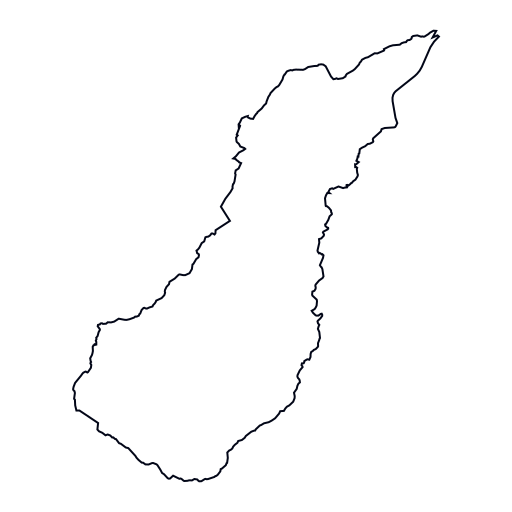 the district of La Magdalena Contreras, Distrito Federal, Mexico
{"feature_id": "50627088B92108463295960", "entity_name": "La Magdalena Contreras", "entity_type": "district", "adm_level": 2, "iso_a3": "MEX", "parent_name": "Mexico", "parent_adm1": "Distrito Federal", "projection": "robinson", "projection_center": [-99.262, 19.275], "detail": "fine", "context": "isolated", "style": "outline", "palette": "ink", "viewbox_px": 512, "rotation_deg": 0, "n_neighbors": 0, "source": "geoboundaries", "source_scale": "gbopen_adm2", "svg_char_len": 5993}
<svg xmlns="http://www.w3.org/2000/svg" viewBox="0 0 512 512"><path d="M97.4,429.5L99.0,431.3L102.3,432.8L105.5,435.3L107.7,434.5L110.3,435.5L112.2,437.5L113.3,437.4L114.9,438.9L116.0,439.1L119.1,443.2L120.9,443.8L125.8,447.5L128.3,448.1L135.4,455.9L136.5,457.7L138.5,459.9L141.7,462.6L143.1,462.7L145.4,464.4L148.6,464.5L152.0,463.1L153.1,463.0L156.5,464.3L157.4,465.1L160.3,469.6L162.1,473.0L164.0,474.2L167.7,478.2L168.9,478.7L170.1,478.5L173.1,475.7L179.4,478.8L180.5,478.5L181.5,478.9L183.7,480.8L184.4,481.0L187.5,480.8L189.2,480.3L192.0,480.4L194.4,479.0L197.3,479.5L198.3,480.7L199.2,481.3L201.4,481.2L204.7,479.1L205.6,478.9L206.5,479.2L207.9,479.1L214.5,476.9L215.3,476.1L216.3,475.9L217.7,474.8L220.3,471.4L220.7,469.1L221.9,468.6L225.8,465.2L226.6,463.1L227.1,462.9L227.8,457.9L227.3,452.5L229.2,450.5L230.9,449.7L232.3,448.5L233.2,446.6L234.8,444.8L237.4,442.8L238.2,441.0L241.9,440.0L244.7,437.8L245.8,436.0L251.3,431.7L254.2,430.6L255.2,430.5L255.7,429.4L259.8,425.5L261.2,425.0L264.0,423.3L268.7,422.2L271.7,420.6L275.1,418.3L279.1,413.6L280.2,411.2L283.9,410.9L285.3,408.5L286.9,406.7L289.3,405.4L293.2,401.7L294.6,398.1L294.7,396.1L294.0,392.7L296.7,388.9L297.4,385.8L298.4,383.7L299.9,382.4L299.7,380.7L299.3,379.4L298.0,378.0L297.4,376.7L297.5,375.2L299.8,370.4L302.6,367.1L302.4,366.3L301.5,365.2L301.9,363.4L303.6,363.3L304.1,362.6L304.3,361.1L306.5,359.7L307.4,359.3L309.3,359.7L310.5,357.0L310.6,354.0L311.2,352.0L312.9,350.9L313.8,349.9L315.7,349.1L317.8,346.9L318.1,346.2L318.0,343.2L319.4,339.5L319.4,339.1L320.0,338.0L319.3,332.0L317.9,328.9L318.6,326.4L319.3,324.9L318.0,323.3L317.5,321.4L317.8,320.8L320.4,318.4L322.2,315.9L322.2,314.7L321.7,313.7L320.8,313.9L318.4,315.6L316.4,315.6L315.6,315.3L313.0,312.8L311.7,310.8L314.6,309.1L315.7,307.5L316.6,305.6L317.0,301.2L316.7,299.6L312.4,295.6L312.1,294.6L312.4,291.6L314.4,290.8L315.6,288.8L315.7,287.1L315.3,285.9L315.6,284.6L319.1,280.5L322.6,278.0L323.5,276.4L322.4,269.2L321.6,267.3L320.9,266.8L319.9,265.2L323.0,257.9L323.5,255.3L322.4,254.2L321.9,254.5L320.4,253.3L319.4,252.9L319.0,253.3L317.8,251.8L317.5,250.5L319.3,242.7L319.0,239.1L321.3,238.4L323.8,235.7L324.0,234.4L322.9,232.5L323.3,231.7L327.6,229.4L328.2,228.7L328.1,227.8L327.1,227.5L325.4,226.0L325.1,224.6L325.4,224.1L326.0,223.9L328.3,219.9L329.6,216.3L331.8,214.3L331.8,213.2L331.2,212.3L331.0,210.4L328.8,207.7L326.9,206.2L325.9,206.1L325.7,205.8L325.0,198.3L326.0,195.3L327.3,193.0L329.5,193.1L328.3,192.1L330.0,189.0L332.2,188.3L333.2,188.9L338.5,186.5L343.1,188.1L344.7,187.6L347.0,187.4L347.3,186.8L346.5,185.8L346.6,185.0L347.5,184.9L348.6,185.4L350.4,184.0L350.8,183.3L351.8,182.9L353.2,181.2L355.4,179.7L357.5,176.4L357.9,175.0L357.2,172.7L356.8,168.9L357.2,167.8L356.1,167.0L355.2,167.1L355.1,164.4L355.5,164.5L356.5,164.0L358.7,162.1L356.4,160.8L357.4,158.4L357.7,156.5L358.4,156.6L358.7,153.7L359.3,153.4L359.8,149.2L362.0,147.7L365.2,146.2L367.7,144.0L369.9,143.7L372.8,142.2L373.3,141.4L372.8,139.3L373.2,138.3L380.9,131.4L381.6,129.1L384.8,128.0L394.0,127.4L395.0,127.1L395.6,126.5L397.3,123.1L395.5,117.9L392.6,101.2L392.5,97.7L393.2,94.8L394.3,92.8L395.6,91.3L414.8,76.0L417.1,73.8L419.7,70.6L421.8,66.9L430.4,47.2L434.1,41.6L438.9,36.6L437.5,35.4L432.6,37.5L436.2,30.9L433.5,30.7L430.1,32.6L428.4,34.1L424.6,36.5L423.8,36.7L422.2,36.4L421.1,36.7L417.3,35.4L413.2,36.0L411.8,37.0L411.5,38.6L411.0,39.1L409.6,40.0L407.8,40.2L407.0,40.7L406.1,42.1L403.9,42.4L401.6,43.2L399.8,44.7L392.9,45.3L389.5,46.3L383.9,49.1L384.2,50.1L383.9,50.6L377.4,53.4L374.6,53.3L368.0,57.2L365.4,57.9L362.0,59.7L360.9,61.6L359.8,62.6L359.0,64.5L354.8,69.1L352.9,70.6L346.9,73.9L345.7,75.5L345.5,76.5L342.8,78.2L338.0,79.0L336.5,78.3L335.1,78.9L333.4,79.2L331.0,76.5L325.7,66.3L323.3,64.6L321.1,64.3L318.6,64.7L317.8,65.7L317.0,65.9L314.3,66.0L308.2,67.0L305.0,69.1L303.1,69.8L295.9,69.6L293.3,69.9L292.5,70.4L290.5,70.1L288.3,70.8L286.8,71.5L284.8,74.5L284.5,74.5L283.4,76.3L282.5,79.5L279.1,85.2L277.7,86.6L276.6,87.0L274.7,88.6L270.5,93.1L269.9,94.6L268.4,96.8L266.6,101.4L266.1,103.5L264.0,105.4L261.7,108.5L257.5,112.1L257.1,113.1L256.1,114.0L254.6,116.1L253.1,118.9L250.4,118.6L248.1,117.5L247.5,116.7L247.7,116.1L245.2,116.8L241.8,118.4L239.9,122.5L238.6,124.3L238.7,125.7L239.2,124.8L240.1,125.8L236.7,134.7L237.7,135.4L236.1,137.6L236.5,141.3L236.8,142.0L238.9,143.9L240.3,146.5L244.4,148.1L245.2,148.9L243.3,150.3L239.0,152.5L235.9,156.3L233.3,158.5L235.6,159.0L236.3,159.9L238.8,161.7L239.1,162.3L241.1,163.1L238.6,168.5L235.7,170.4L235.1,173.4L235.6,174.6L234.5,181.4L233.7,183.6L233.0,184.2L232.5,186.7L232.6,188.3L230.4,192.1L225.4,198.7L220.9,206.7L229.9,220.9L215.6,230.2L215.4,233.4L214.5,234.5L213.1,233.7L212.0,233.4L211.4,233.6L210.1,235.4L208.3,236.6L206.4,236.9L205.4,237.3L204.2,241.4L201.7,243.1L199.4,247.6L198.0,249.4L196.5,250.6L197.2,253.2L198.6,254.0L199.0,255.0L198.5,257.3L196.2,259.1L193.4,263.9L192.5,264.5L191.9,269.1L189.5,273.2L185.3,275.1L183.0,275.1L179.7,274.4L178.7,274.7L174.7,278.6L169.5,281.8L169.0,284.2L166.5,286.9L165.0,290.0L164.8,291.7L165.1,292.7L164.3,295.2L161.6,298.1L156.2,300.6L155.7,302.0L154.7,303.5L153.2,305.0L152.5,306.5L149.5,307.4L146.9,308.6L145.5,308.4L144.4,307.8L143.5,308.0L141.6,310.0L140.2,313.6L139.4,314.1L138.8,315.7L136.7,316.6L135.2,316.6L134.0,317.6L129.6,319.2L126.6,319.9L124.6,319.8L118.7,318.7L114.2,321.6L111.1,322.4L107.7,322.3L106.1,323.7L103.0,323.9L102.1,323.3L101.1,323.3L100.4,323.6L99.9,324.4L98.0,324.9L97.7,326.3L99.8,329.1L99.9,329.9L98.6,332.2L97.6,336.0L96.2,337.8L96.5,339.1L95.8,340.6L96.3,341.9L96.3,344.6L95.5,344.8L95.0,344.2L94.6,344.2L94.1,345.2L93.5,345.3L92.7,346.8L92.9,351.0L92.5,353.1L92.0,354.9L90.2,358.3L90.6,360.9L91.1,362.0L90.6,362.6L90.4,363.5L91.3,364.9L90.9,367.8L87.9,372.2L87.3,372.5L85.8,371.6L85.4,371.6L83.3,372.7L82.4,373.7L81.0,375.7L75.1,382.9L73.6,386.8L73.1,389.2L73.5,390.3L74.5,391.2L74.9,393.0L74.1,398.8L74.9,399.7L75.2,405.4L76.4,410.5L79.4,410.5L98.1,423.0L97.4,429.5Z" fill="none" stroke="#020617" stroke-width="2"/></svg>